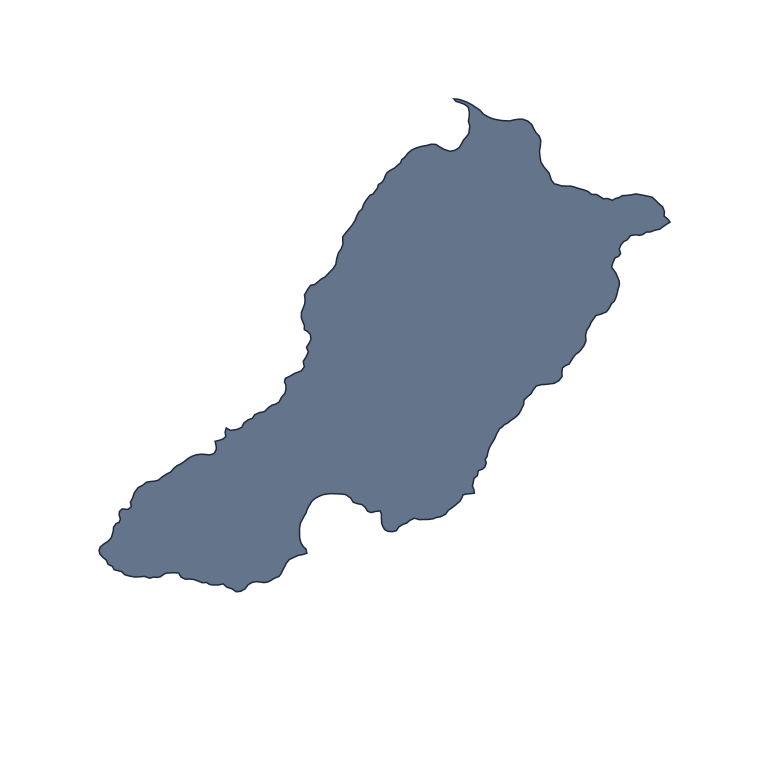 Comendador Gomes, Minas Gerais, Brazil (Albers equal-area conic projection), rotated 302°
{"feature_id": "56859067B18918889331933", "entity_name": "Comendador Gomes", "entity_type": "district", "adm_level": 2, "iso_a3": "BRA", "parent_name": "Brazil", "parent_adm1": "Minas Gerais", "projection": "albers", "projection_center": [-49.083, -19.671], "detail": "fine", "context": "isolated", "style": "filled", "palette": "slate", "viewbox_px": 768, "rotation_deg": 302, "n_neighbors": 0, "source": "geoboundaries", "source_scale": "gbopen_adm2", "svg_char_len": 5252}
<svg xmlns="http://www.w3.org/2000/svg" viewBox="0 0 768 768"><g transform="rotate(302 384 384)"><path d="M89.1,233.4L87.9,238.0L87.5,241.8L84.9,245.5L85.4,250.4L83.5,253.5L84.5,256.7L85.8,260.8L84.9,265.4L86.4,270.4L88.3,275.0L91.1,279.1L93.9,282.8L95.2,288.3L98.0,290.7L99.6,293.8L101.8,296.4L105.0,297.7L108.0,299.2L110.1,302.2L112.5,305.7L114.9,310.0L112.7,314.3L113.1,318.8L115.3,322.0L117.3,326.0L118.5,331.4L119.2,335.3L121.6,338.6L121.6,342.2L122.8,345.3L125.8,350.0L129.3,353.6L128.4,358.2L129.7,363.7L129.5,368.8L132.3,372.4L136.9,374.8L141.9,375.2L146.1,377.5L148.7,380.4L150.2,383.5L151.9,387.3L154.0,389.9L156.9,391.9L161.2,394.0L165.1,396.9L168.7,397.3L173.1,396.7L177.1,396.5L180.3,396.1L184.9,396.7L189.5,399.6L193.4,402.3L196.0,405.2L199.6,408.3L202.5,405.6L203.4,401.6L204.9,398.4L207.0,395.8L209.7,393.4L213.3,391.1L217.1,388.7L221.9,386.8L226.3,386.5L229.9,386.3L233.3,386.2L236.4,385.4L240.2,385.0L246.6,385.0L249.9,386.0L253.6,387.9L257.7,390.8L260.5,393.9L262.7,396.8L265.6,401.7L268.0,406.0L269.9,410.1L269.6,416.3L267.4,420.6L268.5,425.1L270.1,429.3L269.4,433.5L267.4,437.6L268.2,441.3L271.5,444.4L274.3,448.0L272.3,450.7L268.5,453.1L264.5,456.0L262.5,458.6L260.9,461.6L261.1,465.4L263.3,469.5L266.2,472.2L270.6,472.3L274.9,474.4L278.1,477.0L281.9,478.1L286.3,481.0L287.7,485.9L289.6,488.7L292.5,493.2L295.6,497.0L298.7,499.2L301.3,502.3L306.2,505.2L311.0,505.5L314.2,506.9L318.8,508.6L324.6,510.5L328.5,510.4L331.8,509.8L334.3,512.0L336.3,514.8L339.3,518.5L342.1,516.2L344.3,513.1L347.3,512.0L351.6,510.4L355.9,511.7L360.5,509.9L363.9,512.6L366.9,513.5L371.3,512.6L373.8,509.7L376.9,509.9L379.9,508.8L383.2,507.7L386.5,507.1L390.7,506.9L395.8,506.9L402.0,505.9L407.2,505.7L410.1,506.9L413.3,507.6L416.3,509.5L420.9,511.1L424.9,512.9L429.6,514.2L433.4,514.1L436.7,513.7L440.6,513.3L444.6,511.3L449.3,512.4L453.6,513.9L458.0,513.7L463.0,514.2L466.8,517.8L469.6,521.7L471.9,524.5L474.8,528.0L479.6,530.6L484.7,531.1L487.9,528.8L492.3,526.8L495.8,528.2L498.9,530.4L503.0,530.4L506.6,530.4L510.6,530.8L514.4,532.4L518.2,533.0L522.5,533.3L527.7,532.4L532.2,529.0L537.3,527.5L542.4,527.6L546.3,527.0L549.6,527.2L554.4,527.5L558.2,531.0L563.1,534.4L567.7,534.8L572.8,534.4L576.4,535.4L580.2,534.9L583.6,534.0L588.3,532.3L592.8,531.1L595.9,529.0L598.3,525.6L601.0,521.8L602.4,518.3L603.8,515.0L608.2,513.8L613.3,513.1L616.7,515.4L620.0,515.5L623.4,511.8L627.7,511.2L631.7,511.8L635.2,513.9L640.5,514.4L644.0,518.4L645.4,521.9L648.0,524.3L651.9,526.0L653.9,529.1L658.0,532.3L661.4,535.8L665.6,537.4L669.8,539.3L672.9,540.8L674.3,536.8L674.8,532.6L678.9,530.4L681.9,526.4L682.8,520.3L683.8,516.4L684.5,512.4L683.0,508.0L680.8,502.1L678.7,496.9L675.5,493.5L672.3,489.5L670.0,486.2L666.8,484.7L664.1,482.1L660.8,480.3L659.9,475.5L657.3,471.7L657.4,467.9L657.3,463.7L654.8,459.6L655.4,455.2L654.7,451.0L653.6,447.6L652.7,444.3L651.8,440.7L650.7,437.3L648.4,433.6L646.1,429.6L645.1,425.7L644.0,422.3L645.6,418.0L647.6,415.5L650.4,412.2L651.6,408.4L652.9,404.4L655.3,399.5L659.8,395.5L664.0,392.4L669.0,390.3L673.6,387.9L676.5,384.3L677.6,379.9L679.6,376.1L682.3,372.0L683.2,366.7L682.0,361.0L679.8,357.7L676.9,354.3L673.7,351.2L671.8,347.8L670.1,344.8L668.2,340.3L666.6,335.8L665.7,330.6L665.5,325.5L667.1,319.9L667.2,315.1L667.4,310.4L667.0,305.3L666.0,300.1L665.0,296.4L662.8,292.2L661.8,295.3L662.8,298.8L663.8,303.8L663.5,308.6L659.9,312.2L656.0,314.5L651.6,316.3L648.1,320.1L644.3,321.8L641.4,323.2L637.6,322.9L632.9,322.1L628.8,322.4L624.3,322.5L620.0,320.5L616.3,316.7L614.8,310.5L614.6,305.2L614.7,301.1L612.5,297.1L608.4,293.3L605.7,290.2L603.1,287.8L599.9,285.2L596.8,283.4L592.2,281.9L587.4,281.6L583.6,280.1L580.2,280.9L577.3,279.8L572.7,278.5L568.6,276.1L564.5,274.5L561.0,274.8L557.0,275.6L553.5,275.3L550.3,273.6L546.7,274.6L543.3,274.3L539.4,274.0L536.6,272.1L533.3,271.7L529.8,271.4L525.1,271.6L520.5,272.7L517.3,271.6L513.0,271.7L507.2,272.8L502.1,272.8L497.3,272.2L491.8,271.4L486.9,271.0L484.1,272.8L481.0,275.0L475.7,276.1L471.3,275.9L467.5,276.8L463.6,278.1L460.0,279.7L454.8,279.7L450.1,278.6L447.0,278.0L443.5,277.3L439.8,275.2L435.3,273.7L431.4,272.4L429.0,269.5L424.8,269.1L421.2,269.2L417.4,269.3L414.0,272.2L410.0,274.3L405.6,275.2L401.0,276.0L396.2,278.9L393.8,282.1L391.4,285.5L387.8,287.6L388.0,291.1L387.0,295.3L383.2,298.4L379.1,298.8L374.0,298.8L371.2,302.8L365.4,303.6L360.4,303.5L356.3,307.3L351.2,306.9L345.4,302.4L341.0,300.2L336.5,297.3L332.9,298.6L331.2,301.3L327.8,303.5L323.7,304.9L318.5,304.1L313.3,304.6L309.3,302.6L306.9,300.3L303.1,298.6L297.3,297.3L293.7,293.5L289.5,290.6L285.2,290.6L281.8,287.8L276.9,285.9L271.9,286.3L268.1,283.9L265.5,281.0L263.3,278.4L263.1,273.5L258.9,274.8L255.6,277.7L251.9,276.5L249.1,274.3L245.9,271.1L242.2,274.8L239.5,276.5L234.8,276.7L231.4,273.6L229.7,270.0L227.7,266.3L224.5,262.3L220.7,259.3L217.1,257.3L212.6,255.8L208.7,254.1L205.1,251.8L201.5,250.5L196.2,249.7L192.5,247.3L187.3,245.0L182.7,243.5L180.3,241.2L177.9,238.1L174.9,234.6L170.2,233.0L165.9,230.4L159.3,229.9L154.1,231.2L149.3,231.6L146.1,234.7L142.0,233.4L139.3,228.1L135.7,227.2L132.6,228.7L129.8,232.0L126.3,232.7L123.7,230.8L119.3,230.5L115.8,232.3L112.4,233.3L108.9,234.2L104.5,233.3L100.1,231.3L95.4,229.7L91.7,230.6L89.1,233.4Z" fill="#64748b" stroke="#1e293b" stroke-width="1.5"/></g></svg>